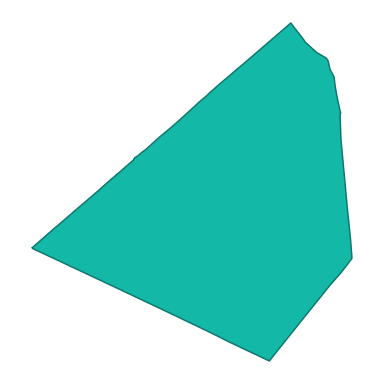 Sanislau, Satu Mare, Romania (orthographic projection)
{"feature_id": "2599482B60287900413907", "entity_name": "Sanislau", "entity_type": "district", "adm_level": 2, "iso_a3": "ROU", "parent_name": "Romania", "parent_adm1": "Satu Mare", "projection": "orthographic", "projection_center": [22.392, 47.656], "detail": "fine", "context": "isolated", "style": "filled", "palette": "teal", "viewbox_px": 384, "rotation_deg": 0, "n_neighbors": 0, "source": "geoboundaries", "source_scale": "gbopen_adm2", "svg_char_len": 941}
<svg xmlns="http://www.w3.org/2000/svg" viewBox="0 0 384 384"><path d="M269.4,361.0L271.6,358.1L299.3,323.4L329.7,285.6L341.5,272.1L351.8,258.7L351.9,256.5L350.5,239.0L347.3,207.7L344.8,180.9L340.9,138.6L340.7,132.5L340.5,126.5L340.1,116.0L340.6,112.4L340.0,110.6L338.6,104.3L337.0,96.6L335.2,86.4L334.1,77.3L333.5,75.8L330.2,69.9L328.1,60.9L326.3,58.1L316.5,52.4L305.1,42.0L303.9,40.0L303.5,39.5L300.1,35.0L298.3,32.8L293.1,26.0L291.8,24.3L290.8,23.0L242.0,65.1L237.9,68.4L229.0,76.1L220.4,83.3L210.2,92.3L205.9,96.4L204.2,97.8L200.1,101.2L189.7,110.8L183.3,116.6L171.9,126.8L161.6,135.3L154.3,141.7L145.9,149.4L141.2,152.8L138.1,155.7L135.0,157.5L133.7,159.3L133.5,160.4L132.8,160.6L129.7,163.3L118.2,173.3L110.0,180.2L98.5,190.5L83.8,203.1L75.8,209.9L63.0,221.0L53.3,229.2L32.1,247.8L33.3,248.9L56.9,259.9L118.6,288.9L172.7,314.5L213.5,334.1L228.0,341.4L248.4,351.1L269.4,361.0Z" fill="#14b8a6" stroke="#0f766e" stroke-width="1.5"/></svg>